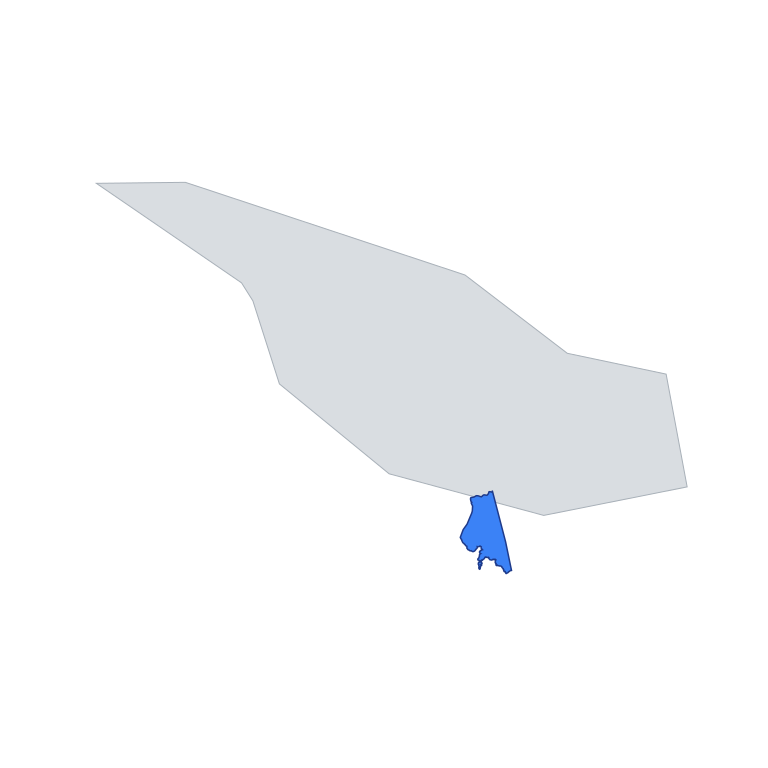 location of Medorm, Aimeliik, Palau, rotated 279°
{"feature_id": "81905179B56582984107965", "entity_name": "Medorm", "entity_type": "district", "adm_level": 2, "iso_a3": "PLW", "parent_name": "Palau", "parent_adm1": "Aimeliik", "projection": "mercator", "projection_center": [134.484, 7.466], "detail": "fine", "context": "in_parent", "style": "filled", "palette": "blue", "viewbox_px": 768, "rotation_deg": 279, "n_neighbors": 0, "source": "geoboundaries", "source_scale": "gbopen_adm2", "svg_char_len": 4660}
<svg xmlns="http://www.w3.org/2000/svg" viewBox="0 0 768 768"><g transform="rotate(279 384 384)"><path d="M437.9,661.1L329.8,699.5L279.2,562.3L296.1,403.1L367.7,280.7L445.6,241.5L461.6,227.5L537.2,68.5L552.1,156.2L504.3,447.0L443.0,560.2L437.9,661.1Z" fill="#d9dde1" stroke="#a8b0b8" stroke-width="1"/><path d="M295.7,507.6L295.3,507.7L295.1,507.7L294.9,507.7L294.5,507.7L294.4,507.5L294.1,507.3L294.1,506.9L294.2,506.3L294.2,506.0L294.2,505.7L294.2,505.2L294.1,504.8L294.0,504.6L293.6,504.5L293.1,504.4L292.6,504.4L292.0,504.2L291.6,504.0L291.1,503.8L290.6,503.4L290.2,503.0L290.2,502.4L290.2,501.3L290.2,500.7L290.1,500.2L290.0,499.8L289.7,499.4L289.3,499.0L288.8,498.7L288.2,498.2L288.0,497.8L287.8,497.7L287.8,497.4L287.9,496.8L287.9,496.2L288.1,495.7L288.3,494.2L288.2,493.5L288.2,493.1L288.1,492.9L288.0,492.4L287.5,492.0L287.2,491.5L286.6,490.8L286.2,490.0L285.8,488.8L285.6,488.2L285.5,487.9L285.4,487.7L285.1,487.5L284.9,487.4L284.7,487.4L284.4,487.4L284.1,487.4L283.8,487.5L283.7,487.6L283.2,487.6L282.9,487.8L282.5,487.9L282.3,488.0L282.2,488.0L281.8,488.3L281.7,488.4L281.2,488.5L280.9,488.7L280.7,488.9L280.7,489.1L280.3,488.9L279.8,488.9L277.3,490.6L272.3,491.1L270.1,490.8L264.8,489.5L258.6,488.0L252.6,485.0L244.8,483.4L244.7,483.5L244.3,483.4L243.0,484.3L242.8,484.7L242.7,484.9L242.3,485.0L241.6,485.3L241.1,485.7L240.7,485.9L239.6,486.7L238.9,488.1L238.4,488.4L238.2,489.2L237.4,489.6L236.9,490.4L236.7,490.8L236.7,491.2L235.9,491.4L235.4,491.5L235.1,491.5L234.6,491.7L234.3,492.2L233.8,492.5L233.4,493.1L233.3,493.9L232.8,494.7L232.7,495.5L233.0,496.2L232.5,497.1L232.3,498.1L232.7,498.9L233.3,499.7L233.7,499.9L234.1,500.2L234.4,500.3L234.8,500.4L234.9,500.7L235.7,501.0L236.2,501.4L236.8,501.8L237.3,501.8L238.0,501.5L238.0,502.3L238.5,503.8L239.0,504.1L239.0,504.3L238.4,505.6L238.0,505.6L237.6,505.5L237.1,505.6L236.8,505.8L236.6,506.0L236.3,506.4L236.2,506.8L236.0,507.0L235.8,507.2L235.7,506.9L235.6,506.7L235.4,506.5L235.2,506.4L235.2,506.1L235.0,505.8L234.9,505.8L234.8,505.6L234.6,505.5L234.4,505.5L234.3,505.3L234.1,505.3L234.1,505.0L234.0,504.9L233.8,504.8L233.7,504.9L233.3,504.6L233.2,504.6L232.6,504.7L232.3,504.9L232.2,505.2L231.8,505.2L231.6,505.4L231.5,505.9L231.3,505.6L231.1,505.6L230.8,505.3L230.5,505.1L230.2,505.0L229.8,505.0L229.7,505.1L229.4,505.1L229.2,505.2L228.7,505.2L228.4,505.1L228.0,504.9L227.4,504.9L226.9,504.8L226.5,504.4L226.0,504.1L225.5,504.1L225.2,504.1L224.9,504.3L224.8,505.0L224.7,505.3L224.4,505.5L224.4,506.0L224.3,506.5L224.4,506.8L223.9,506.8L223.7,506.7L223.5,506.8L223.2,506.7L223.0,506.4L222.9,506.2L222.9,505.9L222.7,505.5L222.5,505.3L221.9,505.4L221.6,505.3L221.1,505.2L220.8,505.3L220.7,505.5L220.4,505.6L220.3,505.9L220.2,505.9L219.8,506.0L219.5,506.0L219.1,506.2L218.7,506.5L218.6,506.4L217.8,506.4L217.5,506.4L217.3,506.4L217.1,506.5L216.7,506.6L216.6,506.9L216.3,506.9L216.0,507.3L216.2,507.6L216.5,507.9L217.3,507.8L217.8,507.5L218.1,507.9L218.9,507.9L219.6,508.0L220.0,508.7L220.5,508.8L220.9,508.5L221.0,508.1L221.3,508.5L221.8,508.8L222.3,508.9L222.7,508.6L222.7,508.2L223.2,508.2L223.5,508.1L223.7,507.9L224.0,507.8L224.1,507.6L224.7,507.5L224.9,507.6L225.2,507.8L225.3,507.9L225.2,508.0L225.2,508.6L225.5,508.9L225.8,508.9L226.0,509.0L226.1,509.3L226.4,509.6L227.0,510.1L227.1,510.3L227.8,510.6L228.3,510.6L228.6,510.8L228.8,511.0L228.7,511.3L228.8,511.6L229.0,511.7L228.8,512.0L228.9,512.3L229.0,512.5L228.9,512.6L228.8,512.9L228.9,513.1L228.9,513.4L228.9,513.6L229.0,514.0L229.2,514.4L229.1,514.5L228.9,514.2L228.6,514.3L228.2,514.8L227.7,515.3L227.0,516.1L227.0,516.7L226.9,517.6L227.0,517.9L227.3,518.6L227.7,518.9L228.0,519.1L228.0,519.5L227.8,519.7L227.7,520.0L227.9,520.1L227.9,520.4L228.1,520.6L228.3,520.8L228.3,521.1L228.0,521.9L227.3,521.7L227.2,521.9L226.9,521.8L226.8,521.7L226.5,521.7L226.3,521.7L226.1,521.8L225.7,521.7L225.4,521.7L225.2,521.9L224.9,521.9L224.5,522.2L224.4,522.7L224.2,522.8L223.9,522.6L223.7,522.6L223.5,522.9L222.8,523.0L222.5,523.1L222.3,523.5L222.3,523.9L222.8,524.2L222.8,524.5L222.5,524.8L222.4,525.3L222.4,525.6L222.5,526.0L222.4,526.4L222.4,526.5L222.3,526.8L222.4,527.0L222.5,527.4L222.5,527.8L222.2,528.4L222.2,528.6L221.9,529.0L221.6,529.0L221.1,529.4L221.0,529.6L220.6,530.1L220.4,530.3L220.2,530.4L220.2,530.7L219.4,531.0L218.8,531.4L218.8,531.6L218.5,531.6L218.2,531.5L217.9,531.8L217.4,532.3L217.4,532.6L217.4,532.8L217.6,533.1L217.4,533.2L217.2,533.4L216.9,533.6L216.6,533.7L216.3,533.8L216.0,534.1L215.9,534.3L216.2,534.8L216.8,535.5L217.2,536.1L218.1,536.5L218.3,537.0L218.6,537.3L219.2,537.7L219.5,538.0L219.6,538.3L219.6,538.7L219.8,539.1L247.1,528.8L295.7,507.6Z" fill="#3b82f6" stroke="#1e3a8a" stroke-width="1.5"/></g></svg>